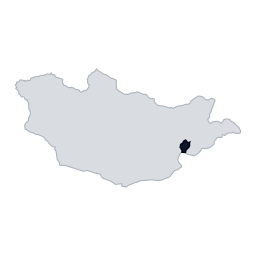 Bayandelger, Sühbaatar, Mongolia shown in context
{"feature_id": "93677404B18322501666911", "entity_name": "Bayandelger", "entity_type": "district", "adm_level": 2, "iso_a3": "MNG", "parent_name": "Mongolia", "parent_adm1": "Sühbaatar", "projection": "orthographic", "projection_center": [112.368, 45.634], "detail": "fine", "context": "in_parent", "style": "filled", "palette": "ink", "viewbox_px": 256, "rotation_deg": 0, "n_neighbors": 0, "source": "geoboundaries", "source_scale": "gbopen_adm2", "svg_char_len": 4121}
<svg xmlns="http://www.w3.org/2000/svg" viewBox="0 0 256 256"><path d="M16.8,82.0L17.6,82.2L19.0,81.6L19.6,80.4L20.2,79.8L23.1,80.3L24.3,81.1L24.7,80.4L25.0,80.3L25.5,81.2L26.2,81.1L26.8,81.0L27.5,80.1L28.4,80.6L30.4,80.0L31.0,78.0L31.8,77.8L33.4,77.8L33.8,77.0L34.2,76.9L35.4,76.9L37.5,76.5L38.5,76.6L39.4,76.0L41.4,75.3L44.1,75.5L44.5,74.9L47.3,73.8L49.8,74.4L50.9,73.0L51.3,72.9L52.5,75.2L53.3,75.2L53.8,74.5L54.8,74.8L54.9,76.2L55.4,76.9L62.7,79.2L62.8,79.7L62.5,82.9L63.6,84.6L63.7,85.3L65.9,85.6L66.8,87.0L68.6,87.3L69.5,87.9L71.5,87.2L71.9,87.3L72.3,87.9L73.3,87.7L74.7,89.1L76.1,89.2L76.6,89.7L77.4,89.5L79.2,90.2L80.4,92.1L81.4,92.2L82.8,91.3L83.3,90.7L85.2,90.6L86.3,90.1L87.1,89.5L88.6,87.3L89.2,84.9L88.4,84.4L87.8,83.4L87.6,82.0L87.7,81.1L87.2,79.6L87.4,78.9L88.1,77.8L88.7,75.9L89.5,74.9L90.8,74.6L91.1,73.8L92.1,72.5L94.2,71.9L95.5,70.5L96.4,68.9L97.2,69.9L99.4,71.5L101.3,72.4L102.4,73.8L106.0,74.7L111.5,78.4L112.8,78.5L116.2,80.1L116.4,80.6L116.1,82.8L116.3,83.4L116.1,85.8L116.6,87.1L116.2,88.5L116.5,89.0L117.4,89.3L118.6,90.9L121.7,92.4L122.6,93.4L124.8,94.3L126.0,94.1L127.8,94.5L128.5,94.4L129.9,93.4L130.7,93.1L135.1,92.7L136.3,92.0L137.1,91.9L140.4,93.0L142.7,94.2L146.1,94.4L147.5,95.7L148.1,97.0L149.4,98.1L154.1,98.8L154.3,99.1L154.1,101.6L154.3,102.0L157.2,104.9L158.6,105.8L163.0,105.9L169.7,107.9L171.3,107.4L172.8,108.3L173.3,108.2L177.8,106.0L178.4,106.2L183.0,105.3L185.9,104.2L188.1,104.3L189.9,103.2L190.6,101.3L193.4,99.0L198.4,96.0L201.5,96.4L203.3,97.3L205.2,99.3L206.3,99.8L208.4,99.9L211.2,98.4L212.7,98.7L214.1,99.2L215.1,100.2L211.1,111.0L211.1,111.7L209.7,113.9L209.6,117.5L207.8,118.8L208.1,120.8L208.6,121.6L210.7,123.5L211.4,123.2L211.9,122.4L213.0,121.6L215.1,121.7L216.9,121.2L219.1,121.8L221.3,123.3L224.0,119.5L226.7,118.9L229.3,119.2L231.4,121.5L233.8,122.4L234.5,123.7L235.5,124.2L235.8,124.9L238.9,127.4L239.6,129.2L240.5,130.4L240.6,131.8L240.5,132.5L239.4,133.3L235.3,133.3L232.9,132.2L232.1,133.0L229.0,132.9L227.3,133.6L226.1,134.2L225.5,135.1L224.9,135.4L224.4,135.4L223.5,134.7L222.6,134.8L222.4,135.0L222.0,137.3L219.4,137.4L218.5,137.2L216.3,138.4L216.0,139.3L214.9,140.5L213.9,142.8L214.2,143.8L213.9,144.4L212.0,145.8L210.1,147.7L206.2,148.5L204.4,148.7L203.0,148.3L201.7,148.7L200.7,150.7L198.1,153.3L194.4,155.8L187.6,154.4L186.8,154.0L185.4,152.5L181.4,152.4L180.3,153.4L179.3,155.0L177.6,159.9L179.1,162.7L180.9,164.6L181.6,165.9L181.6,167.0L180.4,167.5L178.6,169.3L174.3,170.9L169.4,177.0L160.9,180.3L155.7,180.4L151.6,179.8L140.4,180.8L132.9,183.5L127.4,185.8L126.1,187.0L125.5,187.1L124.6,186.5L121.7,186.1L121.9,183.7L115.5,184.4L110.7,181.1L103.7,178.6L102.3,177.8L100.2,174.4L99.0,173.8L95.8,173.3L87.4,170.6L83.2,171.2L66.2,165.7L59.8,165.2L59.6,164.8L59.5,162.8L57.2,159.3L56.9,158.5L57.0,157.3L55.9,150.8L54.6,149.5L55.3,147.0L53.0,146.8L50.7,145.2L48.6,142.9L47.7,141.3L46.0,140.5L44.3,137.6L43.4,136.9L38.4,134.6L35.7,134.3L33.0,132.9L29.9,132.0L29.0,131.2L28.0,131.0L26.5,129.4L25.2,129.3L24.6,125.5L25.5,123.4L26.5,122.3L28.4,120.8L28.6,120.1L28.5,118.2L30.1,115.3L30.3,113.3L30.1,111.0L29.2,110.2L28.6,106.8L28.7,104.4L28.5,102.6L27.3,101.3L27.2,99.7L26.7,99.5L26.3,99.9L25.3,99.8L24.7,98.6L24.4,97.5L24.0,97.1L23.0,96.8L21.9,97.0L21.0,96.5L20.4,95.3L18.6,93.3L18.9,92.2L18.7,91.4L18.1,91.0L17.7,90.1L15.8,88.6L15.9,88.1L16.8,87.2L15.6,85.8L15.4,84.7L16.6,83.8L16.5,82.8L16.8,82.0Z" fill="#d9dde1" stroke="#a8b0b8" stroke-width="1"/><path d="M189.7,142.2L189.0,142.6L188.4,142.6L187.2,142.2L186.8,141.5L185.6,140.1L185.3,140.2L185.2,140.3L183.5,141.3L183.1,142.8L182.6,143.1L182.1,143.5L181.6,143.7L181.1,144.2L180.7,144.5L180.4,146.2L180.4,146.4L180.3,146.8L180.2,147.5L180.5,147.7L181.1,148.2L181.1,148.9L181.8,149.7L182.1,150.2L182.0,150.8L182.0,152.2L182.7,152.1L182.9,152.3L183.0,152.3L183.5,152.4L184.0,152.4L184.3,152.4L184.7,152.4L185.1,152.5L185.2,152.4L185.4,152.3L185.5,152.3L185.7,150.6L187.1,148.8L187.9,148.2L188.4,147.7L188.5,147.6L188.6,147.4L188.8,147.0L189.2,146.6L189.5,145.4L189.5,145.0L189.3,144.7L189.5,144.2L189.5,143.7L189.4,143.3L189.5,143.0L189.7,142.2Z" fill="#0f172a" stroke="#020617" stroke-width="1.5"/></svg>